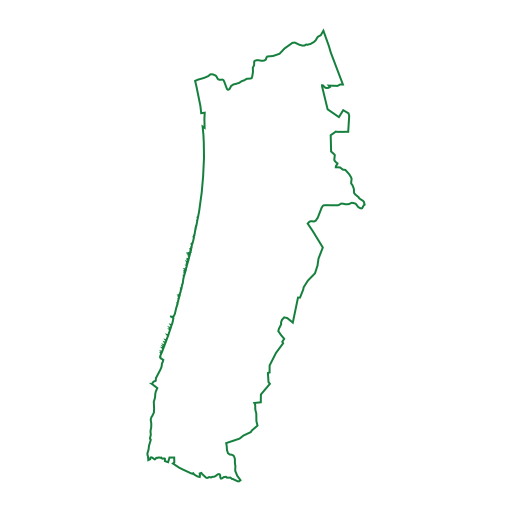 Santiago De Tolú, Sucre, Colombia (Equal Earth projection)
{"feature_id": "7082276B38303278930766", "entity_name": "Santiago De Tolú", "entity_type": "district", "adm_level": 2, "iso_a3": "COL", "parent_name": "Colombia", "parent_adm1": "Sucre", "projection": "equal_earth", "projection_center": [-75.564, 9.531], "detail": "fine", "context": "isolated", "style": "outline", "palette": "green", "viewbox_px": 512, "rotation_deg": 0, "n_neighbors": 0, "source": "geoboundaries", "source_scale": "gbopen_adm2", "svg_char_len": 6033}
<svg xmlns="http://www.w3.org/2000/svg" viewBox="0 0 512 512"><path d="M148.3,460.1L150.2,459.2L150.4,457.8L151.1,457.3L152.2,457.6L154.7,459.4L155.2,459.2L156.4,457.8L157.7,457.9L158.2,457.5L159.7,457.5L160.3,457.8L161.3,457.6L161.7,458.3L162.5,458.7L164.1,458.4L164.9,458.7L164.9,461.1L168.1,462.2L169.5,457.5L174.2,457.5L174.3,462.4L172.9,463.5L178.9,467.5L182.0,469.1L191.0,473.3L192.6,473.8L193.2,473.2L194.3,474.6L197.4,476.4L199.7,477.0L200.0,475.3L199.7,473.5L201.3,472.9L202.2,474.1L206.0,477.6L206.8,477.9L207.7,477.9L208.7,477.2L209.6,477.1L211.0,477.5L212.2,476.9L214.2,476.7L215.5,476.1L217.7,474.4L219.0,474.1L219.9,474.6L220.1,475.1L220.3,477.5L221.0,478.6L221.9,478.4L223.8,477.1L226.0,476.8L227.0,477.7L230.4,477.6L231.9,478.9L232.8,479.0L237.7,481.3L239.1,481.3L240.5,480.2L237.2,475.7L235.3,471.0L235.2,469.2L235.4,466.2L234.9,463.1L234.9,459.1L234.5,457.7L233.9,456.1L232.8,455.2L231.5,454.7L229.7,454.5L228.0,453.2L227.0,450.2L226.7,445.9L226.2,443.1L239.6,438.6L243.5,435.5L250.8,432.1L251.8,430.5L257.5,425.6L256.4,421.1L256.3,413.6L255.3,409.6L255.2,405.2L254.9,404.1L254.3,403.0L260.8,402.3L260.9,394.5L269.9,383.8L268.5,382.1L267.9,373.0L269.6,372.5L269.6,365.5L276.0,352.9L283.1,343.3L282.3,341.8L284.2,338.8L280.9,334.9L278.3,331.1L278.9,328.8L281.2,324.2L281.0,322.7L281.9,319.9L284.2,317.4L287.3,318.1L292.8,322.6L298.0,297.6L300.0,297.6L303.2,289.6L303.7,287.2L307.9,280.6L315.0,273.3L317.5,265.6L318.5,258.6L322.8,247.5L312.7,231.0L307.7,223.6L308.9,222.2L310.3,221.3L311.7,221.2L314.0,221.5L315.7,220.7L317.8,217.6L321.6,207.8L322.8,205.9L323.5,205.4L325.1,205.2L337.8,205.3L339.0,204.9L341.1,203.6L343.0,203.7L345.7,204.3L349.0,204.1L351.4,202.9L352.5,202.9L354.9,203.4L355.8,203.9L358.3,207.1L360.2,208.2L361.5,208.4L362.2,208.1L363.8,205.2L364.6,204.7L363.9,201.9L363.0,200.8L360.1,199.0L358.7,197.7L358.6,197.2L355.5,194.7L354.2,193.2L353.9,191.6L354.0,189.8L353.5,187.8L352.4,185.1L351.2,183.5L351.1,183.0L351.6,178.9L351.1,177.4L349.2,174.2L345.3,169.9L342.8,169.6L340.0,167.4L335.8,167.3L336.0,165.9L337.2,164.4L337.5,163.4L336.3,162.6L334.5,160.6L334.3,159.4L334.8,155.2L334.5,154.6L331.1,151.5L330.7,135.2L335.8,131.6L337.3,131.9L348.2,131.8L349.2,115.8L348.5,113.3L343.2,110.2L338.9,117.1L327.6,109.3L322.0,86.1L322.1,85.2L322.8,85.3L325.4,87.8L326.8,88.0L328.3,87.9L329.9,87.0L328.8,85.6L337.5,85.9L340.2,84.5L342.9,84.5L330.8,52.6L328.9,46.1L323.4,30.7L320.8,35.2L317.7,36.9L315.6,40.4L313.9,42.0L310.6,43.9L307.3,44.8L306.2,44.5L304.6,45.5L302.4,45.6L299.2,44.7L294.9,42.6L292.5,42.8L284.5,48.5L279.5,53.8L273.0,56.0L267.3,56.5L266.5,57.4L265.8,59.6L264.1,60.6L261.8,60.8L257.5,60.1L255.0,60.7L254.3,61.3L254.2,61.9L254.1,65.2L252.8,67.8L253.0,71.8L252.2,76.6L251.7,78.0L250.9,78.5L246.7,78.8L244.3,80.3L241.8,81.1L239.3,82.8L235.8,83.9L233.5,84.4L231.2,85.9L229.6,88.9L228.7,89.6L227.7,89.7L226.9,88.8L224.1,81.3L223.4,80.1L222.4,79.6L219.7,79.8L218.4,79.4L217.6,78.7L216.6,76.7L215.7,75.6L212.6,74.3L210.4,74.3L208.3,76.1L204.1,77.9L197.8,79.7L195.1,80.9L196.3,85.8L200.4,106.0L201.2,113.2L204.7,112.7L204.4,118.9L204.6,127.8L202.6,126.5L203.4,134.6L203.8,142.6L204.0,158.0L203.1,176.6L201.7,192.5L199.1,211.5L198.1,216.7L197.8,217.0L198.0,217.1L197.4,220.1L197.1,220.4L197.2,221.2L196.4,225.5L196.1,225.7L196.2,226.2L195.9,226.7L195.8,228.0L195.5,228.1L195.5,229.5L195.3,229.6L194.7,233.6L194.3,235.6L194.0,235.6L193.8,236.9L193.6,237.0L193.9,237.5L193.3,240.4L192.4,243.6L191.7,243.8L190.7,243.5L192.0,244.1L191.6,246.9L191.3,247.1L191.5,247.6L191.1,248.1L191.3,248.3L191.1,249.2L191.0,249.8L190.7,249.7L190.9,250.2L190.7,250.4L190.8,250.7L190.5,251.1L190.6,251.6L190.4,251.6L190.5,252.2L189.8,252.5L190.2,252.8L190.0,253.8L189.4,253.7L189.9,254.1L189.8,254.7L189.6,255.1L189.2,255.0L189.6,255.4L189.4,256.2L188.9,256.3L189.2,256.8L188.9,257.7L188.6,257.6L188.9,257.9L188.9,258.5L188.6,258.9L188.3,258.9L188.6,259.2L188.4,260.1L187.9,260.1L188.3,260.7L188.0,261.3L187.7,261.4L187.9,261.7L187.9,262.1L187.5,262.7L187.2,262.5L187.5,263.2L187.3,263.9L187.0,263.9L187.2,264.4L186.9,265.2L186.5,265.3L186.8,265.6L186.6,266.7L186.0,266.6L186.4,266.9L185.9,269.2L185.5,269.2L185.9,269.5L185.8,270.1L184.8,270.5L185.5,271.1L185.3,271.8L184.8,271.9L184.9,272.3L185.1,272.2L184.9,273.1L184.5,273.0L184.7,273.8L184.4,274.9L184.2,275.4L183.8,275.5L184.0,276.0L183.3,279.1L182.7,283.6L182.3,284.2L181.6,283.9L182.2,284.5L181.9,285.1L181.5,284.9L182.1,285.5L181.8,286.5L181.1,286.4L181.7,286.7L181.6,287.9L181.5,288.4L181.1,288.4L181.3,289.0L180.9,289.4L181.0,289.8L180.6,291.2L180.7,291.6L180.1,292.9L180.1,293.6L179.8,293.8L179.8,294.7L179.5,294.8L179.7,295.0L179.6,295.6L179.5,296.0L179.0,295.9L179.4,296.4L179.1,297.3L178.9,297.3L179.0,297.5L178.8,298.5L178.5,298.8L178.7,299.0L178.1,300.7L178.2,301.5L177.6,302.5L177.6,303.5L177.4,303.5L177.5,303.9L176.9,305.8L176.7,306.6L176.5,306.9L174.8,314.0L173.6,316.4L173.1,316.8L172.4,316.7L172.2,317.1L170.1,316.1L172.9,317.6L173.4,318.2L172.5,322.6L171.8,324.7L171.5,325.1L171.1,325.0L171.4,325.4L171.1,326.8L170.7,328.0L170.3,327.9L170.6,328.2L170.3,329.1L169.7,329.2L170.1,329.5L169.9,330.3L168.6,334.1L168.1,333.9L168.5,334.3L168.3,335.3L167.6,335.1L168.0,335.6L167.6,337.1L167.2,337.8L166.6,337.5L167.1,338.0L167.0,338.7L166.4,340.1L165.8,340.0L166.3,340.6L165.5,342.7L164.9,342.5L165.3,343.1L164.6,345.0L164.0,344.9L164.4,345.3L164.4,345.9L163.8,347.0L163.3,346.8L163.7,347.4L163.4,348.3L162.8,348.2L163.2,348.6L162.7,350.0L162.5,350.7L162.0,351.8L161.6,351.7L161.9,352.1L161.4,353.3L161.0,353.2L161.2,353.6L160.0,356.7L159.4,356.5L160.5,357.3L160.4,357.9L160.8,358.4L163.3,359.9L162.6,362.3L162.0,363.3L161.6,366.6L160.5,369.4L156.0,378.0L155.7,380.8L153.7,381.6L153.0,382.3L152.1,383.9L151.8,383.9L157.3,388.1L155.8,391.6L155.3,393.8L155.0,397.7L153.8,401.9L154.1,408.7L153.9,412.5L152.2,416.1L151.6,416.7L150.7,419.6L151.3,423.9L151.2,427.4L150.5,431.0L150.8,434.9L150.0,438.1L150.0,438.8L150.7,439.4L150.7,440.1L149.0,445.7L148.6,449.3L147.4,453.4L147.5,455.1L148.0,456.3L148.3,460.1Z" fill="none" stroke="#15803d" stroke-width="2"/></svg>